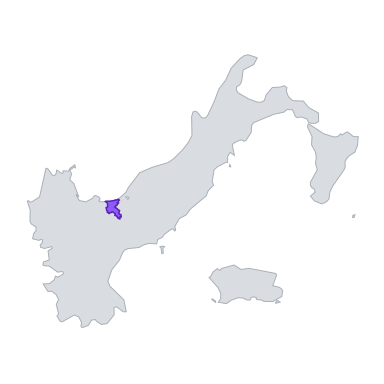 where Ravenna sits in Italy, rotated 272°
{"feature_id": "ITA-5364", "entity_name": "Ravenna", "entity_type": "Province", "adm_level": 1, "iso_a3": "ITA", "parent_name": "Italy", "parent_adm1": "", "projection": "orthographic", "projection_center": [11.905, 44.374], "detail": "fine", "context": "in_parent", "style": "filled", "palette": "violet", "viewbox_px": 384, "rotation_deg": 272, "n_neighbors": 0, "source": "natural_earth", "source_scale": "10m", "svg_char_len": 5220}
<svg xmlns="http://www.w3.org/2000/svg" viewBox="0 0 384 384"><g transform="rotate(272 192 192)"><path d="M63.3,61.4L65.6,62.9L74.8,60.3L80.2,62.4L84.9,59.6L88.0,55.2L87.5,51.6L94.9,46.4L95.5,52.8L99.3,57.3L103.2,58.5L102.2,61.0L105.8,66.4L107.4,66.0L108.0,65.1L107.2,60.6L112.9,52.1L113.3,46.2L114.3,45.5L117.0,46.1L119.0,51.7L128.1,50.2L131.1,54.5L132.5,53.7L130.4,46.4L131.5,42.7L133.9,42.1L135.5,43.9L139.0,44.4L139.2,42.2L138.3,40.8L139.7,34.4L144.8,35.1L147.8,37.4L151.4,37.4L154.5,32.4L156.9,31.1L168.4,30.9L177.0,27.8L177.7,28.5L176.2,30.9L176.7,32.5L181.8,39.8L210.6,45.2L210.2,47.1L204.1,51.8L203.7,53.6L204.6,55.2L209.3,56.2L206.2,60.6L206.2,62.3L208.7,62.5L208.5,67.8L211.6,69.4L215.1,73.9L211.7,74.9L213.0,73.6L209.5,69.1L205.9,71.1L200.1,69.3L196.3,73.6L183.0,79.1L185.3,76.6L184.3,76.6L179.5,79.8L178.4,86.3L182.2,92.7L185.2,95.0L183.9,98.9L182.1,100.4L179.7,99.3L179.0,102.8L180.3,112.2L182.5,118.7L189.3,125.9L194.2,128.2L209.5,139.1L215.3,151.4L220.5,166.9L224.7,172.6L233.3,180.7L241.2,186.5L248.5,190.0L267.3,189.0L272.1,190.2L272.8,192.7L272.0,194.5L266.5,199.2L266.4,202.7L269.2,205.0L282.3,210.7L295.8,215.3L305.1,221.8L317.0,226.8L326.7,235.1L330.2,239.6L331.1,243.3L329.3,249.8L328.3,252.5L321.6,249.3L315.7,238.9L304.2,237.7L300.8,236.1L298.7,232.9L295.1,232.8L292.7,234.7L287.0,245.3L284.1,254.3L284.1,257.8L286.1,261.2L291.8,262.8L299.2,268.6L299.9,276.3L301.4,280.6L299.7,283.2L296.0,282.8L291.3,284.7L288.0,287.7L286.7,290.5L286.8,300.1L280.5,305.6L275.4,315.6L267.0,316.1L265.0,313.1L264.7,308.7L266.0,305.9L269.0,304.4L270.8,298.6L270.0,294.5L271.1,292.7L277.7,289.6L277.7,283.8L275.1,281.3L272.5,271.0L263.5,251.2L260.8,249.3L253.8,249.1L245.2,244.0L244.6,241.8L245.9,239.6L244.9,236.7L242.1,231.7L240.3,230.6L230.1,233.1L232.9,228.9L229.1,226.4L222.8,226.5L222.8,224.7L218.1,216.6L215.0,213.3L203.3,211.8L199.6,213.3L193.8,208.1L188.6,206.3L175.3,191.4L168.9,186.9L165.0,180.3L157.0,176.0L153.3,177.0L152.4,176.1L154.3,174.9L154.0,172.4L148.7,165.8L145.5,163.7L143.4,159.5L138.9,158.4L139.2,150.9L137.5,145.6L134.7,141.0L133.2,130.2L131.9,127.1L128.8,124.7L121.6,122.0L111.7,114.7L99.9,111.0L95.0,113.3L81.9,127.6L70.0,130.5L69.9,127.4L74.7,120.7L73.9,118.1L66.6,118.5L57.5,111.7L56.5,106.1L59.5,100.9L61.2,99.8L60.5,96.2L55.0,92.9L53.0,88.1L52.9,86.5L54.4,85.7L57.8,86.2L63.2,83.2L65.0,78.8L57.8,66.9L58.3,64.6L63.3,61.4ZM184.6,128.9L185.0,126.1L182.5,127.9L183.2,129.2L184.6,128.9ZM264.4,305.8L254.9,321.5L251.9,331.9L252.5,335.8L255.4,338.5L254.1,339.7L257.3,344.4L257.3,345.8L253.0,351.4L253.1,356.2L244.5,355.8L237.4,353.3L233.8,347.9L231.0,345.6L228.0,343.9L222.0,344.2L219.3,343.1L203.2,332.6L197.0,329.8L189.8,329.1L186.9,326.8L184.6,322.0L187.4,314.6L192.0,310.5L196.3,315.1L199.9,313.5L200.1,312.0L202.6,310.1L205.9,310.0L218.5,316.4L225.0,314.4L231.0,315.0L236.4,313.9L243.4,309.8L251.6,310.0L261.0,305.2L264.4,305.8ZM116.6,224.2L120.5,236.5L116.3,243.7L117.7,251.7L113.5,278.6L111.6,279.4L101.1,275.9L100.0,282.1L98.6,284.6L96.4,286.1L90.7,285.4L85.3,276.4L85.2,267.6L86.5,265.1L86.8,260.1L89.0,259.8L89.3,256.4L88.1,254.5L86.0,253.8L86.1,250.0L87.7,247.1L88.0,242.0L85.4,235.3L81.6,230.3L82.8,222.0L86.1,224.3L91.1,224.4L97.2,221.5L107.2,212.0L108.5,213.8L112.6,215.6L116.3,219.9L114.7,222.6L116.6,224.2ZM136.0,161.9L136.9,163.8L136.5,166.5L134.6,164.9L129.8,165.4L129.3,164.0L135.2,163.0L136.0,161.9ZM86.7,280.8L85.1,283.9L83.7,279.7L84.0,279.2L86.7,280.8ZM85.9,216.2L83.6,219.5L82.5,219.3L85.4,215.5L85.9,216.2ZM175.0,355.6L172.2,354.9L172.1,353.4L174.3,353.6L175.0,355.6ZM220.8,228.9L218.6,229.9L218.6,228.3L220.8,228.9Z" fill="#d9dde1" stroke="#a8b0b8" stroke-width="1"/><path d="M179.5,105.8L179.6,106.1L179.8,106.3L179.9,106.7L179.8,108.9L179.9,110.3L180.6,113.5L180.7,114.3L180.7,114.6L180.8,114.8L181.1,115.2L181.2,115.3L181.3,116.0L181.4,116.7L181.8,117.8L182.2,118.5L181.5,119.6L181.4,119.7L180.0,118.6L179.4,118.5L178.4,119.0L178.0,118.5L178.1,118.3L178.2,118.2L178.2,117.7L178.0,117.8L177.4,118.1L176.1,117.4L175.9,117.2L175.9,116.8L175.9,116.7L175.7,116.5L175.4,116.3L175.2,116.2L174.9,116.2L174.7,116.0L174.4,115.4L174.1,115.3L172.8,117.7L172.6,118.0L172.0,118.4L171.4,119.4L171.0,120.1L170.8,120.3L170.5,120.2L169.4,119.6L169.0,119.6L168.6,119.9L168.4,119.9L168.3,119.7L168.2,119.6L167.9,119.7L167.2,120.5L167.1,120.9L167.0,121.7L166.4,121.7L166.1,121.8L165.5,122.1L165.3,122.1L165.1,122.1L164.4,121.9L164.1,121.8L164.0,121.7L164.1,121.4L164.4,121.2L164.5,121.1L164.5,120.8L164.4,120.7L164.0,120.4L163.8,120.3L163.7,120.3L163.4,120.5L163.2,120.7L162.6,120.7L163.0,119.4L163.3,118.9L163.7,118.5L164.8,118.1L165.1,117.7L165.4,117.1L165.7,116.8L165.8,116.7L165.8,116.1L165.8,115.9L165.9,115.7L166.1,115.7L167.0,116.1L167.4,116.0L167.9,115.7L169.3,113.3L169.4,113.0L169.3,112.7L168.7,112.2L168.6,111.9L168.7,111.6L168.6,111.2L168.5,110.9L167.9,110.4L167.7,110.1L167.6,109.9L167.6,109.7L167.8,109.5L168.1,109.5L168.4,109.3L168.5,109.0L168.6,108.2L169.5,108.0L170.1,108.2L170.3,107.9L170.4,107.6L170.7,107.4L173.1,106.8L173.3,106.7L173.5,106.8L173.9,107.9L174.1,108.0L174.4,108.2L174.7,108.3L174.9,108.3L175.5,108.1L176.3,108.0L177.4,107.9L178.1,107.6L178.5,107.3L178.7,106.8L178.9,106.4L179.5,105.8Z" fill="#8b5cf6" stroke="#5b21b6" stroke-width="1.5"/></g></svg>